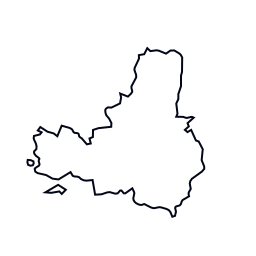 outline of Valladolid, rotated 290°
{"feature_id": "ESP-5850", "entity_name": "Valladolid", "entity_type": "Autonomous Community", "adm_level": 1, "iso_a3": "ESP", "parent_name": "Spain", "parent_adm1": "", "projection": "robinson", "projection_center": [-4.954, 41.703], "detail": "fine", "context": "isolated", "style": "outline", "palette": "ink", "viewbox_px": 256, "rotation_deg": 290, "n_neighbors": 0, "source": "natural_earth", "source_scale": "10m", "svg_char_len": 2280}
<svg xmlns="http://www.w3.org/2000/svg" viewBox="0 0 256 256"><g transform="rotate(290 128 128)"><path d="M216.7,145.0L215.5,151.1L214.6,152.8L212.8,154.8L199.1,159.6L195.4,159.9L185.4,163.5L177.1,163.7L172.4,165.4L167.5,165.0L158.4,169.6L155.1,169.5L157.3,176.0L157.4,179.2L157.8,180.2L160.1,183.7L160.3,184.6L160.2,186.2L152.9,182.3L150.3,184.6L145.7,182.1L144.5,185.3L147.8,188.0L139.5,196.1L139.5,199.1L133.6,205.5L123.0,208.2L118.0,212.7L115.7,213.6L112.4,212.4L102.1,205.4L99.3,204.7L97.0,205.0L92.2,207.8L88.3,207.1L86.7,207.5L84.7,208.7L79.0,204.0L77.6,203.6L74.7,203.7L73.4,203.3L72.5,202.5L70.9,200.2L69.9,199.6L68.9,199.7L65.8,201.7L61.5,202.2L59.8,200.0L63.5,196.6L64.8,194.4L65.1,191.7L64.7,186.0L64.2,184.2L61.8,180.4L61.3,178.8L61.2,176.9L62.1,169.3L61.5,168.4L60.7,167.7L60.0,166.2L59.8,163.9L60.1,161.5L60.9,159.4L62.3,157.8L63.8,157.0L68.7,156.3L69.8,155.7L72.8,152.7L65.7,147.8L65.2,146.5L65.7,145.4L66.5,144.3L67.0,143.0L66.5,142.0L63.0,140.6L61.9,138.3L61.5,132.7L60.3,130.4L56.6,125.7L54.1,119.9L67.0,112.5L64.4,107.2L63.7,104.3L64.0,101.2L65.0,98.9L65.0,97.2L64.1,94.0L64.2,92.4L66.9,89.1L55.9,80.3L54.6,74.4L55.8,67.1L54.7,58.5L55.3,55.8L57.7,54.3L58.7,54.6L62.2,57.2L63.6,57.3L66.2,55.5L67.6,55.1L68.1,55.2L68.4,55.3L68.7,55.3L69.1,54.9L69.4,54.3L70.4,51.0L71.8,48.8L72.8,48.1L74.0,47.8L76.8,49.1L79.6,48.3L82.2,46.5L84.9,43.7L86.3,42.8L88.4,42.4L91.8,47.4L94.4,48.3L94.8,44.1L98.9,45.3L97.0,53.6L97.5,60.0L96.1,64.4L107.5,64.9L108.1,73.1L107.9,74.6L107.5,76.0L105.4,78.4L105.2,79.5L105.9,82.4L105.6,83.5L104.9,84.1L104.0,84.6L103.3,85.2L103.0,85.8L102.5,88.0L98.6,94.9L100.7,98.3L105.0,95.4L107.5,98.1L114.2,95.8L117.8,100.4L123.4,111.8L127.0,110.7L130.4,107.0L132.6,103.2L134.5,101.7L136.5,100.7L137.5,100.5L138.3,100.6L139.9,101.5L140.5,102.1L141.5,105.4L148.4,112.1L154.3,111.1L157.7,108.9L157.5,117.2L161.1,119.0L163.3,119.6L164.2,119.3L166.7,117.6L168.3,117.0L178.4,118.4L180.8,117.4L184.7,114.2L186.7,113.7L196.9,114.6L200.2,113.3L202.9,118.0L209.6,118.8L207.9,122.7L210.8,128.3L211.2,130.7L210.9,138.3L215.3,141.4L216.7,145.0ZM39.3,72.4L50.7,81.8L48.7,90.7L43.4,88.3L44.9,85.2L40.8,78.0L39.3,72.4ZM63.7,44.7L64.5,47.5L64.3,50.5L62.5,51.5L60.4,51.3L59.2,49.2L59.2,46.8L61.3,45.2L63.7,44.7Z" fill="none" stroke="#020617" stroke-width="2"/></g></svg>